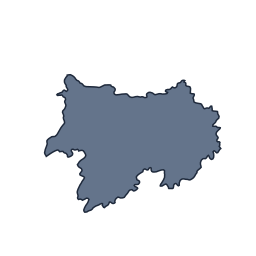 the district of Kalinkavichy, Gomel, Belarus, rotated 147°
{"feature_id": "67162791B95934163913722", "entity_name": "Kalinkavichy", "entity_type": "district", "adm_level": 2, "iso_a3": "BLR", "parent_name": "Belarus", "parent_adm1": "Gomel", "projection": "equal_earth", "projection_center": [29.457, 52.185], "detail": "fine", "context": "isolated", "style": "filled", "palette": "slate", "viewbox_px": 256, "rotation_deg": 147, "n_neighbors": 0, "source": "geoboundaries", "source_scale": "gbopen_adm2", "svg_char_len": 5769}
<svg xmlns="http://www.w3.org/2000/svg" viewBox="0 0 256 256"><g transform="rotate(147 128 128)"><path d="M61.4,60.2L61.5,62.9L60.2,63.8L59.8,64.9L58.8,65.7L58.8,66.5L59.6,67.2L60.4,67.7L60.5,68.8L59.6,69.9L58.4,70.2L57.6,71.0L57.6,72.4L57.8,73.3L57.6,74.5L57.4,75.1L56.5,75.9L55.9,76.3L54.2,76.8L51.1,77.4L50.5,78.0L51.3,78.8L52.7,79.7L52.9,80.6L53.3,81.6L54.6,82.3L55.9,83.4L55.0,84.5L52.0,85.0L50.8,85.5L50.1,86.1L48.6,86.5L46.6,86.8L45.3,88.1L45.1,89.3L45.1,90.7L44.5,92.0L44.0,93.1L44.8,93.9L47.0,95.6L47.9,96.7L46.9,98.4L46.4,99.5L45.9,100.7L46.4,101.2L47.3,101.1L48.8,100.6L49.5,100.5L50.3,101.4L51.3,102.0L53.2,102.4L53.7,103.1L53.6,104.6L53.6,106.6L53.4,107.7L53.8,108.7L56.2,110.9L57.4,112.1L58.4,113.6L58.3,114.3L57.4,116.3L57.3,117.3L56.9,118.0L56.1,118.4L54.5,119.5L54.0,120.3L54.5,121.0L55.8,122.0L56.8,123.3L55.6,124.9L54.8,125.9L53.9,127.3L53.7,128.9L54.6,129.9L55.9,131.1L56.2,131.7L56.3,132.5L55.7,133.1L55.1,134.2L55.3,135.1L56.0,136.1L55.1,136.8L54.6,136.9L55.1,137.6L56.5,138.3L57.4,138.3L59.0,137.7L59.9,137.7L60.7,138.1L61.8,138.3L62.4,138.2L62.9,137.8L63.9,136.7L64.7,136.1L66.3,136.0L67.1,136.3L67.9,137.2L68.4,138.2L69.6,138.1L70.0,137.8L71.4,137.6L72.8,138.0L73.5,138.6L75.3,139.2L75.8,139.1L76.5,138.6L76.5,137.9L76.1,137.2L75.4,136.3L76.5,135.7L77.8,136.1L79.3,136.9L80.8,137.8L81.2,138.3L82.5,139.4L83.7,140.0L85.9,140.7L87.2,141.2L87.9,142.5L88.2,143.5L88.7,144.4L90.1,146.0L91.4,146.6L92.6,146.6L93.4,146.5L94.1,146.1L94.6,145.3L94.7,144.5L95.3,143.7L96.1,143.7L97.3,144.3L98.0,145.1L98.5,146.0L99.4,146.7L100.8,147.2L102.9,149.3L104.7,150.2L106.3,150.7L108.1,151.5L109.5,153.1L109.8,154.2L110.2,156.7L110.9,157.6L114.6,159.7L117.1,160.8L120.0,162.3L120.9,163.7L120.8,164.8L120.1,165.8L118.7,166.4L117.9,167.1L117.5,167.8L117.6,169.0L117.9,170.3L118.7,171.1L119.3,172.4L119.1,173.4L120.1,174.3L122.2,175.6L124.2,176.8L129.4,177.4L130.5,178.0L132.3,179.6L134.3,181.1L140.7,185.6L142.0,187.2L142.4,189.9L142.7,190.6L143.7,191.8L143.7,193.1L143.9,194.4L144.9,195.8L145.2,197.4L145.2,199.0L145.5,200.6L146.0,201.9L147.2,204.0L148.6,204.8L150.2,205.5L150.8,204.7L152.4,204.3L154.8,203.1L155.7,202.1L156.4,200.8L156.6,199.3L156.6,197.3L157.1,196.8L157.4,195.8L157.4,193.8L157.7,192.8L159.0,192.3L159.8,192.3L160.7,194.4L161.5,194.7L162.7,194.4L164.0,193.9L165.5,194.4L167.7,194.7L168.5,195.0L169.6,194.6L169.3,193.6L167.8,192.9L166.7,192.2L165.6,191.8L165.3,191.2L165.3,189.4L164.5,188.2L164.3,187.4L164.4,186.9L165.0,185.7L166.1,185.2L166.9,184.4L167.6,181.1L168.1,180.4L169.8,179.1L170.9,178.5L173.5,177.8L174.4,176.8L174.9,174.2L175.4,172.9L176.4,172.2L177.1,170.9L177.4,169.6L177.4,168.9L178.4,166.8L179.4,166.3L180.6,166.0L182.6,165.3L184.2,164.7L190.6,161.4L191.7,161.0L193.6,160.7L194.5,161.0L195.6,161.7L196.7,162.2L200.2,162.2L201.9,161.9L203.0,161.4L203.6,160.4L204.4,158.6L206.8,156.7L209.0,155.1L209.9,154.2L211.5,152.6L211.7,151.7L211.9,150.8L211.8,149.7L212.0,148.7L207.8,148.8L205.3,148.8L203.4,148.7L201.5,148.5L199.9,148.2L198.9,147.8L198.4,147.0L198.3,145.4L195.9,144.2L195.2,143.6L195.2,142.8L194.9,141.8L194.1,141.0L193.7,140.3L193.6,139.3L193.5,138.3L194.1,137.5L194.3,136.6L193.7,136.0L192.1,135.6L190.8,135.5L189.3,135.7L188.4,136.5L188.1,137.4L188.1,139.6L187.7,140.3L186.5,140.6L185.6,140.1L185.0,138.9L184.0,138.2L181.9,137.6L181.6,136.6L181.9,135.6L181.0,135.3L180.0,135.0L178.7,134.3L177.9,133.2L177.8,132.0L177.9,129.4L178.3,128.1L179.2,127.3L180.5,126.8L182.1,126.6L184.0,126.6L185.7,126.5L187.4,126.1L188.6,125.5L190.4,124.8L190.6,123.3L190.4,121.9L189.3,119.5L189.3,118.4L189.9,117.2L193.3,115.9L193.8,114.9L193.3,113.8L191.6,111.3L191.6,110.0L192.8,109.3L195.8,108.1L197.3,107.2L199.2,106.4L203.1,104.0L205.0,102.5L205.8,101.4L206.7,98.6L207.2,97.9L208.3,97.0L208.6,96.1L208.4,95.0L206.9,94.5L206.1,93.6L205.5,92.2L202.6,91.8L201.2,91.8L199.9,90.8L199.6,89.4L201.7,87.8L203.1,87.0L205.6,86.0L207.8,84.8L209.8,83.3L210.2,82.2L210.2,81.1L209.3,80.5L208.1,80.0L206.2,80.0L203.8,79.3L202.0,79.5L200.9,80.0L199.7,80.1L197.6,80.1L194.3,79.4L193.1,79.4L191.2,79.0L190.6,78.5L191.1,77.7L191.7,77.1L191.6,75.5L191.7,74.8L191.0,74.0L189.8,74.4L188.9,74.4L186.9,74.3L185.6,74.8L183.9,76.0L183.0,75.4L182.2,73.3L181.3,72.6L180.3,72.4L179.5,72.5L179.2,73.4L178.8,73.9L178.3,74.4L176.6,75.3L175.2,75.5L174.0,75.5L173.3,74.7L172.5,73.5L171.1,72.6L169.8,72.1L168.8,71.9L166.6,72.8L164.1,73.5L161.2,74.8L160.2,74.9L158.3,74.2L157.7,72.3L156.9,71.8L155.7,71.6L154.0,71.7L152.7,72.2L152.7,72.9L153.5,74.5L154.0,74.9L154.1,75.8L154.1,76.5L153.2,76.8L152.7,76.6L151.8,76.0L150.8,75.5L149.9,75.2L148.4,75.7L147.8,76.2L147.4,77.1L147.7,78.2L148.5,79.4L148.7,79.9L148.2,80.9L148.1,81.7L147.3,82.7L144.8,83.3L142.4,83.4L139.3,83.3L138.6,84.1L137.9,84.6L136.6,84.7L135.8,84.1L135.3,82.9L134.2,82.0L133.4,82.2L132.2,82.8L131.0,82.7L130.4,81.7L131.1,80.8L131.5,80.0L131.7,78.7L131.1,77.6L129.8,76.7L127.9,75.8L125.9,75.4L122.9,74.6L121.1,73.7L120.6,72.5L121.2,71.4L122.0,70.4L122.5,69.1L123.6,67.6L124.2,66.7L126.6,65.1L130.3,63.3L131.1,63.1L132.3,62.2L132.5,61.7L131.1,60.8L128.3,60.7L126.7,60.4L126.3,59.4L126.3,57.3L126.3,56.4L126.7,55.7L126.7,55.0L125.1,54.0L123.6,53.0L122.8,53.0L121.7,54.0L120.9,55.1L119.5,55.8L118.1,55.4L117.7,54.4L117.7,53.1L117.3,52.1L116.3,52.0L114.8,54.2L113.7,54.9L112.9,55.6L111.6,55.8L110.3,55.7L108.9,54.9L107.6,53.6L106.1,52.5L104.9,51.1L103.8,50.6L101.5,50.5L99.9,50.7L98.1,51.4L96.7,52.2L94.5,53.0L93.8,54.1L92.0,54.6L90.0,54.8L88.1,55.2L87.6,56.3L87.0,58.1L86.1,59.5L84.6,60.7L83.7,61.2L81.9,61.4L81.3,61.2L79.7,60.1L78.8,60.2L77.7,60.6L76.6,61.2L75.5,61.3L75.4,60.6L75.8,58.4L75.6,57.0L75.0,56.1L73.6,55.9L72.2,56.7L71.1,58.1L70.1,60.0L69.9,60.9L69.5,61.8L68.6,62.0L68.0,61.8L67.7,61.0L67.5,59.9L67.1,58.8L66.1,58.5L62.6,60.1L61.4,60.2Z" fill="#64748b" stroke="#1e293b" stroke-width="1.5"/></g></svg>